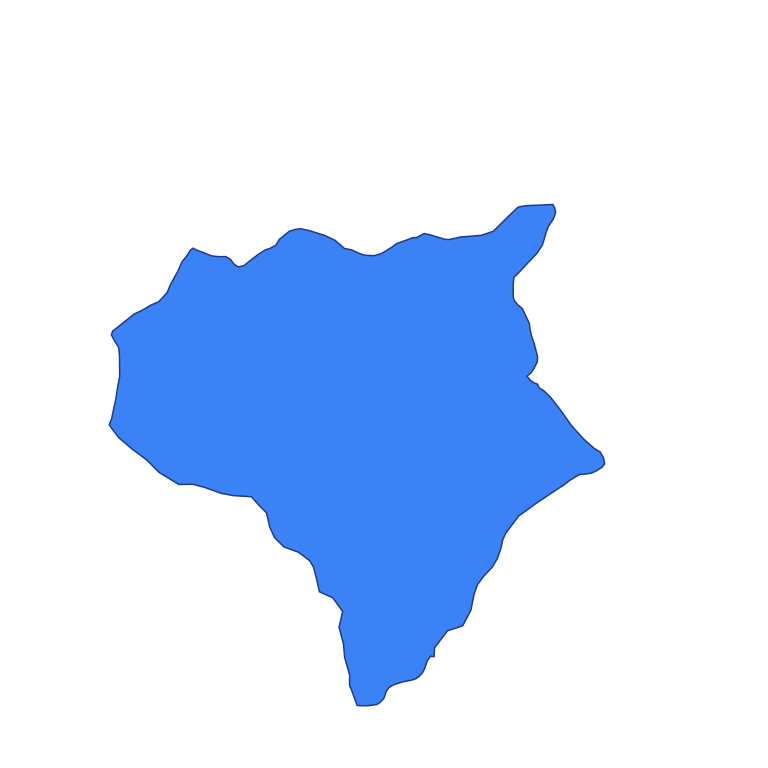 outline of Kikorthang, Chirang, Bhutan, rotated 135°
{"feature_id": "84629894B27564623470868", "entity_name": "Kikorthang", "entity_type": "district", "adm_level": 2, "iso_a3": "BTN", "parent_name": "Bhutan", "parent_adm1": "Chirang", "projection": "albers", "projection_center": [90.136, 27.002], "detail": "fine", "context": "isolated", "style": "filled", "palette": "blue", "viewbox_px": 768, "rotation_deg": 135, "n_neighbors": 0, "source": "geoboundaries", "source_scale": "gbopen_adm2", "svg_char_len": 2595}
<svg xmlns="http://www.w3.org/2000/svg" viewBox="0 0 768 768"><g transform="rotate(135 384 384)"><path d="M607.2,549.2L608.1,544.1L609.5,533.1L608.1,516.2L605.5,498.1L605.5,480.3L600.1,458.0L590.1,448.3L584.0,437.8L576.5,421.9L569.3,411.4L557.5,398.1L558.2,385.9L558.2,375.9L566.1,363.4L570.0,352.8L570.0,339.6L563.5,325.7L562.9,321.7L561.5,311.2L563.5,304.0L569.6,293.8L571.8,290.3L576.6,282.8L571.4,269.0L574.0,252.5L587.9,243.7L596.4,228.9L605.1,218.6L614.2,202.4L621.6,195.1L622.9,191.6L630.3,175.6L627.7,172.7L623.1,168.1L619.8,165.5L615.7,162.5L612.2,161.6L606.4,161.8L602.7,163.6L599.4,165.2L595.1,165.8L589.9,164.5L581.6,160.3L574.2,155.3L569.9,153.1L566.4,152.4L560.6,152.7L557.2,153.7L549.3,157.6L543.6,158.6L541.4,155.8L534.8,161.7L513.6,164.6L499.4,157.4L488.0,160.9L482.3,162.7L469.3,171.5L465.8,173.2L459.8,176.0L450.4,177.5L436.8,178.0L427.3,180.4L418.1,184.9L415.3,186.5L410.5,189.7L404.0,192.3L381.8,195.5L373.2,193.9L369.9,193.4L360.8,192.0L348.4,189.6L328.3,185.5L321.3,184.6L315.0,183.1L309.3,181.6L305.4,178.0L300.9,174.6L296.1,172.6L288.8,171.0L284.5,171.5L281.0,176.5L279.2,183.0L280.9,189.7L281.7,202.8L281.2,216.4L280.7,223.2L279.1,232.0L277.3,243.0L275.7,256.3L275.7,265.7L277.0,271.7L275.6,275.3L277.3,279.2L277.9,283.1L277.4,288.4L272.5,287.9L267.1,288.9L259.9,291.3L256.3,294.5L249.2,306.4L245.7,313.7L241.5,320.1L238.4,324.1L234.5,334.9L232.9,339.2L233.4,346.0L232.8,351.2L231.2,354.0L227.8,357.4L222.2,363.1L219.3,365.4L216.9,367.5L208.7,367.5L183.3,368.3L173.6,370.3L161.7,376.8L156.4,379.1L147.1,381.1L141.2,384.1L138.7,387.9L137.7,391.6L148.1,401.0L156.2,408.6L161.8,412.8L164.6,414.3L177.8,414.6L198.7,414.7L205.0,417.8L210.4,420.6L225.9,433.8L235.8,440.1L238.6,443.2L243.5,452.3L245.8,456.7L249.1,461.9L252.3,463.0L257.6,464.6L260.1,467.1L265.1,469.3L275.7,474.3L282.2,475.3L288.7,476.8L294.3,478.4L300.3,481.8L304.2,486.0L306.8,489.1L309.3,494.1L312.1,501.9L316.1,507.7L317.0,520.2L321.0,531.2L328.1,544.9L332.9,552.4L337.2,555.9L343.0,559.0L355.9,560.3L362.4,558.6L368.9,560.6L373.2,562.8L381.4,564.6L392.0,566.0L399.3,566.7L404.3,570.0L405.3,574.9L404.4,581.0L405.8,585.9L411.2,591.4L414.9,595.9L417.0,600.3L418.9,605.1L421.6,610.5L423.0,615.1L426.5,615.6L431.6,614.2L440.2,613.3L449.8,609.6L456.8,607.6L465.2,605.1L472.9,601.9L485.2,601.5L493.3,604.7L502.4,607.0L511.4,610.2L516.3,610.7L523.3,611.5L532.5,612.5L538.3,613.3L542.0,611.6L543.8,606.0L545.8,597.4L551.0,591.1L565.4,576.4L569.2,573.8L577.7,567.9L582.4,564.3L586.3,561.7L590.7,558.9L598.2,554.0L601.1,552.0L603.9,550.9L607.2,549.2Z" fill="#3b82f6" stroke="#1e3a8a" stroke-width="1.5"/></g></svg>